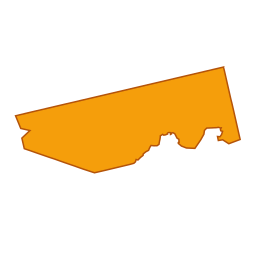 outline of Marion, Texas, United States of America, rotated 347°
{"feature_id": "52423323B1637569116072", "entity_name": "Marion", "entity_type": "district", "adm_level": 2, "iso_a3": "USA", "parent_name": "United States of America", "parent_adm1": "Texas", "projection": "natural_earth1", "projection_center": [-94.29, 32.785], "detail": "fine", "context": "isolated", "style": "filled", "palette": "amber", "viewbox_px": 256, "rotation_deg": 347, "n_neighbors": 0, "source": "geoboundaries", "source_scale": "gbopen_adm2", "svg_char_len": 1296}
<svg xmlns="http://www.w3.org/2000/svg" viewBox="0 0 256 256"><g transform="rotate(347 128 128)"><path d="M21.2,90.8L23.4,104.3L31.9,108.4L22.3,114.0L22.3,124.8L22.6,125.0L28.1,128.4L32.8,131.4L44.8,138.9L49.6,141.8L58.5,147.5L63.8,150.8L67.2,152.9L68.9,154.0L75.0,157.9L85.3,164.1L87.7,164.1L96.7,164.1L107.9,164.0L121.7,163.9L125.8,163.7L127.7,162.6L128.8,160.5L130.5,161.4L133.7,159.4L136.5,158.1L137.0,156.7L140.0,155.2L143.0,154.4L144.8,151.9L146.5,150.2L149.1,151.1L152.3,151.8L154.5,150.9L155.8,147.8L156.5,146.4L157.4,144.1L157.7,142.9L160.4,142.0L161.2,143.0L163.1,143.1L164.9,142.8L164.8,142.6L165.2,142.1L165.5,141.9L165.8,141.7L166.8,141.6L167.6,141.8L168.4,142.1L168.1,143.2L168.0,143.8L169.0,143.5L169.0,142.7L170.8,142.7L172.3,144.1L173.5,148.9L175.0,150.4L174.6,153.3L174.1,153.2L173.6,153.7L173.6,154.4L176.0,157.6L180.4,160.6L188.6,162.9L196.1,156.0L200.5,151.2L202.0,147.5L204.7,145.8L210.1,146.8L212.9,147.3L214.4,147.6L216.3,147.7L217.7,148.6L218.8,148.8L217.7,150.3L217.8,151.6L219.4,152.5L217.7,155.4L215.7,157.2L213.3,156.4L213.2,160.5L217.6,160.8L222.7,166.0L234.7,164.4L234.8,134.8L234.8,131.3L234.8,129.8L234.8,127.9L234.8,127.3L234.7,123.1L234.8,93.8L234.7,90.3L234.8,90.1L232.4,90.1L37.9,90.7L21.2,90.8Z" fill="#f59e0b" stroke="#b45309" stroke-width="1.5"/></g></svg>